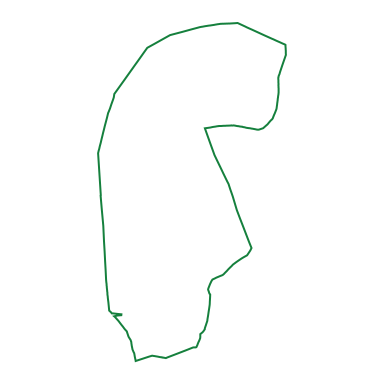 outline of Rozendaal, Gelderland, Netherlands
{"feature_id": "6326949B60180750903375", "entity_name": "Rozendaal", "entity_type": "district", "adm_level": 2, "iso_a3": "NLD", "parent_name": "Netherlands", "parent_adm1": "Gelderland", "projection": "albers", "projection_center": [5.979, 52.039], "detail": "fine", "context": "isolated", "style": "outline", "palette": "green", "viewbox_px": 384, "rotation_deg": 0, "n_neighbors": 0, "source": "geoboundaries", "source_scale": "gbopen_adm2", "svg_char_len": 5781}
<svg xmlns="http://www.w3.org/2000/svg" viewBox="0 0 384 384"><path d="M147.3,47.8L144.2,52.1L140.1,57.9L134.3,66.0L128.4,74.3L123.2,81.6L114.3,94.0L113.8,97.4L113.1,99.5L112.2,102.0L111.4,104.2L110.0,108.5L109.0,111.0L108.8,111.5L108.1,113.1L107.0,117.7L104.7,126.4L103.8,130.1L103.0,133.2L102.4,135.8L101.7,138.6L100.7,142.9L99.8,146.2L99.3,148.5L99.0,149.7L98.8,150.2L98.1,153.2L100.8,195.3L100.6,195.5L101.7,208.4L103.3,225.9L104.0,241.3L104.6,251.2L105.1,261.1L105.6,269.7L106.1,279.9L106.3,282.1L106.4,282.8L106.5,283.5L106.6,284.7L106.6,285.4L106.7,286.1L106.8,286.7L106.8,287.4L107.2,291.1L107.2,291.6L107.3,292.0L107.4,292.8L107.4,293.6L107.4,294.1L107.5,295.1L107.7,296.2L107.8,297.6L107.9,298.5L108.1,300.2L108.2,300.9L108.4,302.5L109.2,310.6L111.2,312.5L111.8,313.4L113.1,313.4L119.3,314.1L121.4,314.3L121.3,315.2L117.5,315.5L114.2,316.3L115.0,317.0L116.3,318.5L118.0,320.4L118.7,321.2L119.8,322.7L121.8,325.3L122.8,326.5L124.4,328.7L124.8,329.2L126.8,331.4L127.2,332.7L127.9,334.8L128.5,336.6L129.0,337.5L129.9,338.9L130.7,340.2L131.0,341.3L131.3,342.0L131.3,342.3L131.4,343.4L131.6,344.6L131.7,345.4L131.8,346.0L132.3,348.4L132.5,349.5L133.1,350.9L133.7,352.3L134.2,353.2L134.5,354.9L134.8,356.7L135.1,358.2L135.2,358.5L135.4,359.5L135.6,360.4L135.7,361.0L138.4,360.1L141.8,359.0L149.1,356.6L152.1,355.7L153.3,355.9L154.7,356.1L156.4,356.4L157.6,356.6L160.0,357.1L160.9,357.2L161.8,357.4L162.3,357.5L162.3,357.4L165.9,358.1L166.3,357.9L167.2,357.5L170.6,356.2L178.7,353.1L180.5,352.4L181.8,351.9L182.1,351.8L183.6,351.2L184.4,350.9L185.2,350.6L185.5,350.5L186.4,350.1L187.5,349.7L188.0,349.5L192.0,347.9L192.7,347.6L193.2,347.5L193.5,347.4L193.9,347.4L194.0,347.4L194.5,347.4L195.8,347.4L196.4,347.1L196.8,346.2L197.0,345.8L197.1,345.7L197.3,345.2L197.6,344.4L197.9,343.5L198.1,343.1L198.4,342.3L198.5,342.1L198.6,341.9L199.1,340.9L199.6,339.7L200.2,338.1L200.3,336.7L200.3,335.5L200.3,334.1L202.4,332.4L202.5,332.3L202.7,332.1L203.2,331.5L203.6,331.0L204.7,329.4L204.8,329.2L204.8,328.5L204.8,328.4L205.5,326.3L206.1,324.6L206.2,324.2L207.3,320.9L207.5,319.0L208.1,315.5L208.6,312.0L209.2,308.2L209.6,305.4L209.7,304.6L209.8,303.0L209.8,302.1L209.9,300.6L210.1,297.1L210.2,294.6L209.7,293.8L209.5,293.7L209.4,293.5L209.1,292.6L209.0,292.2L208.6,291.0L208.4,290.5L208.2,289.9L208.1,289.5L208.1,289.4L208.4,288.3L210.0,284.2L211.4,281.2L212.5,279.5L212.8,279.4L215.3,278.2L216.4,277.6L217.9,277.0L220.7,275.8L220.8,275.8L221.0,275.7L221.5,275.5L222.0,275.3L222.3,275.2L222.7,275.0L222.8,274.9L223.4,274.4L223.7,274.2L224.9,272.9L225.7,272.1L226.7,271.1L227.1,270.7L227.4,270.3L227.7,270.0L228.3,269.3L229.1,268.5L229.8,267.8L230.8,266.8L231.2,266.5L232.5,265.1L232.8,264.7L236.3,262.1L238.6,260.5L241.1,258.8L242.2,258.1L243.9,257.1L247.1,255.3L250.3,250.5L251.4,248.2L251.5,248.0L249.2,242.3L248.3,240.0L246.0,234.0L242.9,225.9L239.9,218.2L236.8,210.0L232.8,196.6L231.5,192.8L230.6,190.3L230.1,188.8L228.8,184.8L228.7,184.3L227.2,181.4L223.4,173.6L221.6,169.8L217.2,160.7L214.5,155.1L213.5,152.3L210.6,144.3L207.1,134.5L204.9,128.3L210.5,127.5L211.3,127.3L212.7,127.0L213.3,126.9L215.4,126.6L217.5,126.2L218.1,126.2L218.8,126.0L219.1,126.0L219.5,126.0L220.1,126.0L221.2,126.0L222.3,125.9L223.7,125.8L225.2,125.8L226.4,125.7L227.8,125.7L228.9,125.6L229.6,125.6L231.0,125.5L231.4,125.4L231.7,125.5L233.1,125.5L233.6,125.4L233.8,125.4L234.7,125.6L235.0,125.6L236.3,125.9L237.5,126.1L237.9,126.1L238.2,126.1L239.0,126.3L239.6,126.4L239.9,126.5L240.1,126.5L240.3,126.5L240.9,126.6L241.1,126.7L241.3,126.7L241.6,126.7L242.0,126.7L242.1,126.8L242.4,126.9L242.7,126.9L243.0,127.0L243.8,127.2L244.2,127.2L244.6,127.3L245.4,127.5L246.0,127.7L246.9,127.9L247.2,127.9L247.6,128.0L247.9,128.0L248.1,128.0L248.4,128.1L248.6,128.1L248.8,128.1L249.0,128.1L249.5,128.2L250.1,128.3L250.4,128.3L250.8,128.4L251.6,128.6L252.5,128.7L254.0,129.0L255.6,129.3L256.4,129.5L257.0,129.6L257.8,129.7L258.1,129.7L258.5,129.7L259.0,129.6L260.8,129.0L262.6,128.4L262.9,128.3L263.1,128.2L263.3,128.1L263.5,127.9L264.5,127.0L265.3,126.3L266.3,125.4L267.0,124.8L267.4,124.5L267.6,124.2L268.0,123.8L268.3,123.4L268.6,123.0L270.4,120.9L271.0,120.3L271.6,119.7L271.8,119.6L272.1,119.3L272.2,119.1L272.3,119.0L272.6,118.6L272.8,118.3L272.9,118.0L273.0,117.6L273.2,117.2L273.3,116.8L273.4,116.6L273.5,116.5L273.6,116.0L273.7,115.8L273.8,115.6L273.9,115.4L274.1,114.8L274.5,114.0L274.7,113.5L274.8,113.3L275.2,112.3L275.4,111.8L275.5,111.5L276.1,110.0L276.2,109.6L276.4,109.2L276.5,108.8L276.6,108.2L276.7,107.5L276.9,105.9L277.0,105.3L277.1,104.6L277.2,103.5L277.3,102.6L277.4,102.3L277.5,101.2L277.6,100.7L277.7,99.8L277.7,99.3L277.8,98.8L277.8,98.4L278.0,97.5L278.0,97.3L278.2,95.6L278.3,95.2L278.4,94.7L278.4,94.4L278.4,94.2L278.5,93.9L278.5,93.2L278.6,92.7L278.6,92.1L278.6,91.8L278.6,91.5L278.6,91.3L278.6,90.7L278.6,89.6L278.6,88.9L278.6,88.4L278.6,88.0L278.5,87.6L278.5,87.1L278.5,86.4L278.4,85.0L278.5,84.8L278.5,83.7L278.4,82.6L278.4,82.0L278.4,81.4L278.4,80.6L278.4,79.8L278.3,79.3L278.3,78.9L278.3,78.5L278.3,78.2L278.3,77.7L278.4,77.3L278.5,77.2L278.5,76.9L278.6,76.6L278.6,76.4L278.6,76.2L278.8,75.7L279.2,74.7L279.3,74.5L279.5,74.1L279.9,72.5L281.8,66.8L282.4,65.0L285.9,54.9L285.8,53.6L285.8,51.7L285.8,50.8L285.8,50.6L285.7,49.8L285.7,48.9L285.5,46.4L285.5,44.9L285.3,44.7L284.7,44.4L282.8,43.6L280.8,42.7L280.4,42.5L276.3,40.7L273.1,39.2L272.3,38.9L264.5,35.4L258.2,32.5L254.7,30.9L252.1,29.7L249.6,28.6L246.3,27.1L245.8,26.8L237.6,23.0L235.2,23.2L230.1,23.5L226.7,23.6L224.2,23.7L220.9,23.8L220.0,23.9L218.1,24.2L217.9,24.2L215.0,24.7L214.6,24.8L213.3,25.0L210.7,25.4L210.1,25.5L209.6,25.5L205.1,26.2L203.5,26.5L202.5,26.7L201.6,26.8L199.6,27.2L197.4,27.8L191.4,29.4L182.3,31.9L170.1,35.1L163.1,39.0L154.0,44.1L152.0,45.2L147.3,47.8Z" fill="none" stroke="#15803d" stroke-width="2"/></svg>